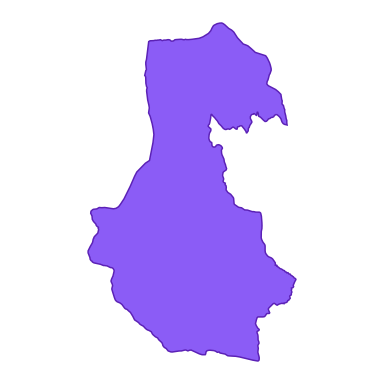 Khong, Champasak, Laos (Natural Earth projection)
{"feature_id": "54806243B24917082255411", "entity_name": "Khong", "entity_type": "district", "adm_level": 2, "iso_a3": "LAO", "parent_name": "Laos", "parent_adm1": "Champasak", "projection": "natural_earth1", "projection_center": [106.019, 14.226], "detail": "fine", "context": "isolated", "style": "filled", "palette": "violet", "viewbox_px": 384, "rotation_deg": 0, "n_neighbors": 0, "source": "geoboundaries", "source_scale": "gbopen_adm2", "svg_char_len": 6015}
<svg xmlns="http://www.w3.org/2000/svg" viewBox="0 0 384 384"><path d="M287.1,125.0L286.8,123.0L286.8,120.4L286.2,118.8L285.7,115.6L284.7,111.9L284.7,109.4L284.2,108.6L283.4,105.4L282.5,104.6L282.0,103.8L282.2,100.9L281.7,99.4L280.9,94.4L278.3,91.7L275.6,89.5L268.5,85.8L267.7,85.1L266.9,84.0L266.8,83.7L267.2,81.3L267.7,80.5L268.3,78.8L269.3,74.8L270.0,73.7L271.2,70.2L271.1,68.4L270.3,65.1L269.5,62.7L267.3,58.1L265.8,55.9L265.3,55.6L255.3,52.4L251.5,48.9L248.0,45.9L246.5,45.2L243.2,44.0L237.4,37.7L233.9,32.2L233.1,31.4L231.5,30.0L228.7,28.4L224.7,24.7L222.8,23.4L221.7,23.0L219.8,23.1L217.1,23.7L214.1,25.2L213.3,25.9L212.0,28.1L210.8,30.7L208.5,33.4L202.8,36.9L199.1,38.3L192.0,39.3L188.6,39.6L186.6,39.6L185.5,39.3L184.4,39.7L183.4,39.7L181.8,39.3L180.2,39.3L175.7,39.6L174.6,39.9L173.7,40.8L171.9,41.2L171.1,41.0L169.8,39.9L168.8,39.7L167.7,39.7L165.8,40.1L163.8,40.1L162.4,40.6L161.9,40.5L160.4,39.7L158.7,40.1L158.0,40.0L157.0,40.3L154.9,40.3L153.9,40.6L150.0,40.8L148.7,41.6L146.5,59.3L145.8,62.1L145.8,64.3L146.4,69.5L146.3,69.9L145.8,70.6L144.7,75.5L145.4,76.3L145.7,77.3L145.9,83.4L146.5,86.4L147.2,87.8L146.7,89.3L146.6,91.1L147.7,100.0L148.9,105.3L149.3,107.8L148.6,112.9L150.2,116.5L152.2,123.8L153.3,129.5L153.9,134.6L153.0,142.5L149.5,160.5L145.4,163.2L136.8,172.0L134.6,176.3L130.3,186.2L124.0,198.9L120.5,204.2L118.6,206.7L116.1,208.3L113.5,208.8L104.8,207.5L101.8,207.7L99.2,207.5L96.8,208.9L93.4,209.3L92.6,209.7L91.0,211.2L90.7,213.3L92.0,216.0L92.3,219.4L93.5,221.5L95.8,224.0L96.3,225.5L97.1,226.4L98.4,227.3L98.2,227.6L98.2,228.4L98.5,228.9L98.6,229.7L97.8,233.1L94.6,236.4L93.9,237.4L93.8,238.2L93.2,239.1L92.8,241.4L92.4,242.8L90.1,246.8L88.1,250.9L88.1,252.9L89.9,257.5L90.2,259.4L91.0,260.6L92.3,261.5L92.4,262.0L94.0,262.9L100.5,264.3L103.4,265.5L104.2,265.5L107.1,265.9L110.5,267.6L111.5,267.6L112.6,268.1L113.1,268.5L114.0,270.1L114.1,270.6L114.0,271.6L113.0,275.9L111.6,279.0L111.0,281.0L111.4,282.3L112.2,283.9L112.5,285.2L112.6,285.8L111.9,288.3L111.9,289.5L114.5,297.9L115.3,299.9L115.9,300.7L117.2,301.8L119.9,302.9L121.4,304.0L122.0,304.5L124.6,308.1L125.5,308.9L126.9,309.3L129.7,311.9L130.3,312.2L132.8,316.3L134.6,319.9L137.5,321.8L138.7,322.7L139.6,323.9L141.0,324.9L143.4,326.2L145.4,328.4L146.6,329.4L147.9,330.1L149.1,330.5L151.3,331.8L152.3,333.8L153.2,334.9L155.4,336.8L157.6,337.9L158.7,339.7L161.8,342.6L162.5,344.0L162.9,345.6L163.8,346.9L164.9,347.8L166.2,348.5L168.1,350.9L170.8,351.9L172.2,352.0L179.0,351.0L181.6,350.9L185.1,350.0L186.0,350.1L187.9,350.9L189.6,350.2L191.2,350.1L199.4,353.9L202.0,354.7L204.7,354.7L205.4,354.6L205.9,352.9L205.9,352.2L206.4,351.4L207.1,350.7L208.1,350.4L209.8,350.2L213.8,350.6L215.4,351.1L217.3,352.3L219.1,352.0L220.0,353.0L225.2,354.1L227.6,355.7L229.0,355.9L235.8,356.3L239.8,357.0L253.0,360.2L257.1,360.9L258.0,361.0L258.9,360.4L259.2,359.1L259.2,357.5L258.9,356.1L257.9,352.5L257.9,351.4L258.3,348.3L257.9,346.2L257.9,345.3L259.0,343.3L258.9,342.1L258.1,339.9L258.0,336.0L257.7,334.4L257.1,332.9L257.0,331.9L257.3,331.3L258.7,330.6L259.2,329.9L259.1,329.3L257.9,328.3L256.3,325.7L255.5,323.6L256.4,319.8L257.2,317.5L258.1,316.9L263.1,316.9L264.5,316.6L265.4,315.7L266.3,314.2L266.8,313.6L269.3,313.4L269.7,312.8L268.8,310.7L268.3,309.2L268.4,308.7L269.1,307.7L273.2,303.7L273.9,303.4L274.5,303.4L276.6,305.0L277.5,305.1L278.2,304.5L279.6,303.9L281.9,303.3L282.3,303.5L283.7,303.2L283.9,303.6L284.0,303.7L284.4,303.1L284.8,302.9L285.5,302.8L286.5,302.4L287.4,301.7L287.7,300.6L288.9,300.1L289.0,299.5L289.6,299.1L290.2,298.3L289.7,296.4L290.0,295.6L291.1,295.1L291.3,294.7L291.4,293.0L291.9,292.1L291.3,290.2L291.7,289.1L291.4,288.1L292.9,287.6L293.5,286.9L293.6,286.4L293.3,285.9L293.3,285.1L294.8,281.6L295.8,279.8L295.9,279.2L295.0,278.3L294.1,277.9L293.4,276.8L292.7,276.5L292.4,276.1L290.7,275.0L290.0,274.0L289.0,274.0L288.0,272.7L286.9,272.9L286.5,272.2L285.1,271.7L284.5,270.7L283.2,270.2L281.6,269.1L279.9,268.5L278.5,267.2L276.6,266.1L276.6,265.9L277.0,265.6L276.8,265.3L275.3,265.1L275.5,264.4L275.3,264.1L275.3,262.9L274.3,261.3L272.5,258.8L271.3,257.9L268.7,256.8L267.5,255.9L265.7,253.4L265.3,252.2L265.1,250.5L265.1,245.8L264.7,244.5L262.9,242.1L261.6,239.4L261.2,237.8L261.3,231.5L261.9,228.6L262.0,225.5L261.9,222.6L261.4,216.2L260.7,213.2L260.4,212.8L259.6,212.2L255.7,212.1L253.7,211.6L252.8,211.7L251.5,211.4L247.6,210.1L244.6,209.9L241.6,207.8L238.6,207.3L234.6,204.5L234.1,203.8L233.6,198.2L233.1,197.3L230.7,194.3L227.8,192.4L226.2,190.1L226.1,189.3L226.3,187.2L225.9,185.4L225.2,184.9L225.1,183.9L225.3,183.2L223.8,182.4L223.3,181.9L223.1,181.2L223.6,179.5L223.6,178.4L222.7,176.1L222.6,175.1L223.1,172.4L223.7,171.7L226.1,170.0L226.6,168.7L225.8,166.3L225.5,164.8L224.4,162.1L223.9,159.0L222.0,154.8L221.6,153.3L221.4,150.2L222.4,148.3L222.3,147.6L221.9,146.9L220.9,145.7L219.4,144.9L218.3,144.7L217.0,145.0L216.4,145.3L215.5,146.7L214.3,147.1L213.8,147.1L212.8,146.7L212.0,145.7L211.8,143.0L211.6,142.4L210.6,142.0L210.0,141.4L209.2,139.8L208.8,138.1L209.1,134.8L209.6,132.9L210.8,130.8L210.9,129.0L208.2,126.4L208.2,125.9L208.5,125.0L209.1,124.5L209.7,123.0L210.6,118.3L211.0,114.8L211.3,114.4L211.8,114.5L212.6,115.7L214.7,117.7L215.5,118.8L217.4,121.0L218.9,123.6L221.1,125.7L223.4,128.5L225.0,129.4L225.8,129.5L226.8,129.3L227.1,129.0L228.3,128.9L229.7,129.3L230.9,128.6L232.6,127.2L233.6,127.2L235.7,128.9L236.9,129.2L237.2,128.8L237.4,127.2L237.9,126.8L238.9,126.6L240.3,125.8L241.7,125.8L244.4,129.1L246.1,131.7L246.3,132.7L246.8,132.9L248.2,130.9L248.4,128.4L249.3,127.1L249.7,125.6L251.8,122.4L251.8,121.4L250.4,118.6L250.3,116.8L251.3,114.9L252.1,114.4L253.3,114.2L253.6,113.7L254.5,113.7L255.8,115.0L256.5,115.3L257.2,112.3L257.7,112.2L258.2,113.3L258.4,115.2L258.8,116.3L260.5,117.2L263.6,120.3L265.1,121.5L266.3,121.3L267.3,120.5L268.5,118.9L269.7,118.6L271.2,117.5L272.6,117.3L273.7,116.7L274.5,115.4L275.8,114.6L277.1,114.7L279.4,116.7L280.3,117.9L281.1,119.2L281.5,120.7L282.2,122.3L283.1,123.5L284.3,124.3L287.1,125.0Z" fill="#8b5cf6" stroke="#5b21b6" stroke-width="1.5"/></svg>